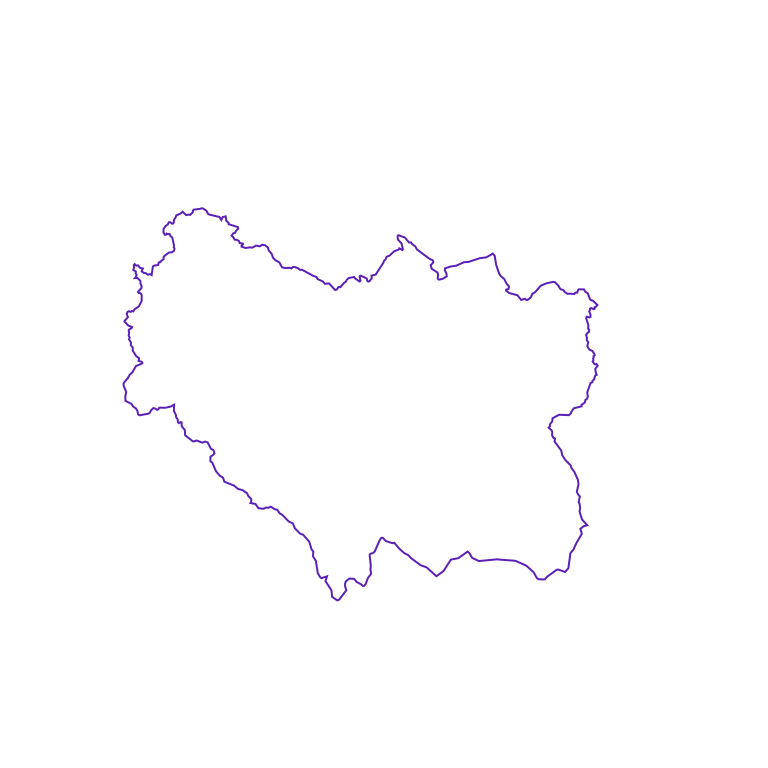 Xinjiang, Equal Earth projection, rotated 54°
{"feature_id": "CHN-1756", "entity_name": "Xinjiang", "entity_type": "Autonomous Region", "adm_level": 1, "iso_a3": "CHN", "parent_name": "China", "parent_adm1": "", "projection": "equal_earth", "projection_center": [83.367, 41.753], "detail": "fine", "context": "isolated", "style": "outline", "palette": "violet", "viewbox_px": 768, "rotation_deg": 54, "n_neighbors": 0, "source": "natural_earth", "source_scale": "10m", "svg_char_len": 6165}
<svg xmlns="http://www.w3.org/2000/svg" viewBox="0 0 768 768"><g transform="rotate(54 384 384)"><path d="M221.1,569.0L219.2,567.0L215.9,568.1L209.4,567.7L207.0,565.9L203.7,566.0L201.8,564.3L198.0,564.0L196.8,562.4L194.9,562.2L192.9,560.2L190.5,559.0L190.1,558.0L190.5,555.4L189.8,554.3L186.6,556.5L181.0,557.3L180.4,556.6L179.4,551.9L176.2,551.0L175.0,549.3L175.1,547.7L176.8,546.5L176.8,545.0L177.9,544.1L176.9,541.9L177.2,536.9L174.4,531.3L169.9,527.9L168.0,527.5L166.6,528.1L166.2,529.0L164.8,528.9L163.7,523.6L162.2,522.5L159.5,521.9L157.3,520.5L153.2,521.2L151.9,523.2L151.5,521.6L150.2,519.9L148.5,519.8L147.2,518.7L144.3,519.7L142.9,517.8L140.7,516.4L140.5,515.2L142.5,514.9L143.6,513.2L146.5,513.2L148.8,511.2L150.4,513.8L152.7,513.2L154.2,511.7L156.9,510.7L157.5,508.7L159.3,508.0L153.1,501.9L153.1,500.3L155.0,496.8L153.3,494.8L154.0,493.3L153.5,492.8L153.4,489.0L151.4,487.2L151.2,480.8L152.8,478.1L152.8,475.5L151.2,473.8L149.7,473.7L148.6,472.5L141.0,469.2L138.9,469.8L136.6,469.2L135.7,470.9L134.6,471.4L135.0,473.0L134.7,473.5L132.1,473.5L129.0,471.3L127.8,467.7L127.9,465.3L126.7,463.1L127.6,461.7L129.8,461.2L130.2,460.4L130.0,459.4L127.6,457.2L126.9,454.9L125.5,452.9L126.5,448.6L126.4,445.6L131.1,444.8L132.0,442.6L133.2,441.6L132.7,437.7L131.3,436.6L131.1,435.4L134.2,429.9L134.6,428.3L135.7,427.2L139.5,425.8L142.6,426.3L144.2,425.8L152.1,419.0L155.7,419.2L154.1,416.4L155.3,413.6L159.1,415.6L162.2,415.1L163.4,415.7L171.2,410.0L172.6,410.6L173.2,414.2L174.2,415.5L173.5,417.4L174.4,420.2L176.5,419.7L179.4,420.0L180.9,418.3L183.0,417.3L185.2,417.9L187.4,415.7L188.1,416.0L188.6,418.3L189.3,418.5L192.7,415.9L194.7,412.0L196.2,410.6L196.9,406.1L199.6,403.6L199.8,400.7L202.0,398.6L205.4,397.7L207.9,398.7L212.8,398.4L216.6,399.6L220.0,399.1L224.1,397.2L229.7,397.9L232.4,395.5L234.4,392.2L236.1,391.0L235.9,388.8L236.4,387.8L239.9,385.5L242.4,384.8L243.3,383.2L255.6,377.3L257.6,375.7L260.0,376.1L265.1,373.2L268.2,372.9L270.4,369.3L279.2,368.3L279.8,366.8L278.8,363.7L280.1,362.3L278.6,356.5L278.9,354.9L277.9,353.0L277.5,350.3L279.9,345.3L281.9,345.3L286.7,343.5L286.6,342.3L282.8,340.6L282.4,339.9L282.7,339.1L288.4,336.0L290.9,336.9L291.9,336.6L292.3,335.5L291.4,331.9L289.0,330.4L290.6,326.5L285.6,313.4L284.4,311.6L284.0,309.3L282.6,307.2L283.4,304.1L282.6,297.6L283.8,293.3L283.2,291.9L286.3,290.5L286.3,289.7L280.8,287.2L275.2,287.8L272.5,286.2L272.0,285.5L272.3,284.7L277.8,281.0L284.2,280.6L285.4,278.9L287.4,279.0L291.0,277.8L294.5,278.3L309.7,273.5L312.5,271.9L314.1,272.2L314.7,273.1L315.3,276.3L318.7,277.7L325.3,275.2L327.4,276.0L330.3,278.6L331.8,278.3L333.4,274.8L333.8,270.0L331.2,268.5L327.9,268.1L326.3,266.6L328.2,260.9L330.7,256.1L332.5,247.7L334.9,243.9L338.5,232.6L341.7,226.7L342.5,219.3L345.3,219.1L353.5,223.2L361.8,225.8L365.4,226.1L369.7,225.0L375.2,225.9L378.4,225.5L380.3,227.4L379.5,229.7L380.1,230.3L383.9,229.3L390.6,223.9L396.6,223.6L397.8,220.0L400.0,219.3L400.4,217.3L400.2,214.3L398.3,211.2L398.5,207.6L396.6,199.3L398.1,193.2L400.8,187.1L402.2,185.8L407.0,185.2L411.0,185.5L413.5,183.7L416.2,183.6L419.0,182.5L419.9,180.8L423.0,177.3L422.6,175.4L423.7,173.9L422.1,171.9L421.9,170.7L425.0,166.6L427.5,166.9L430.5,165.9L436.7,167.5L438.3,167.1L438.9,166.2L445.5,164.9L446.0,166.7L445.8,168.7L446.9,169.4L446.9,170.3L444.4,171.7L444.1,173.1L445.3,173.9L445.9,175.3L449.3,176.2L451.1,177.5L451.0,178.5L448.7,180.5L449.6,181.8L456.6,184.1L459.1,186.2L460.9,186.2L462.3,187.6L462.3,189.7L463.1,191.6L465.6,192.5L467.7,194.2L470.1,194.2L473.0,197.3L476.8,197.7L479.7,196.0L483.7,196.2L484.4,196.5L484.7,198.2L485.7,198.7L486.3,199.9L487.8,200.5L488.5,202.0L491.5,202.0L492.4,201.4L492.7,200.3L494.8,200.4L495.8,203.9L497.6,205.2L501.6,206.6L501.2,207.6L502.5,210.0L503.8,211.2L504.1,213.7L505.0,214.4L504.7,216.4L510.3,224.6L514.2,226.6L515.4,228.9L515.2,230.3L517.0,232.4L517.0,236.5L518.2,237.3L515.2,244.7L516.5,248.5L517.6,250.1L517.9,252.7L511.8,260.4L510.8,267.8L513.1,269.8L514.2,273.5L515.8,274.6L516.1,276.5L520.1,275.6L521.8,276.2L524.4,278.2L527.1,278.6L528.6,277.7L530.8,279.8L542.1,279.7L546.1,281.6L551.8,282.0L559.9,280.8L562.1,281.7L567.0,281.7L575.1,283.3L579.4,285.5L584.5,291.3L587.4,291.9L590.1,291.6L593.9,295.9L595.9,296.2L599.5,298.1L602.2,300.8L609.9,303.4L617.8,302.6L616.4,306.2L616.6,310.3L621.5,312.0L625.6,321.5L629.2,327.9L630.5,332.7L641.4,343.1L642.5,348.0L636.6,352.0L635.8,353.4L635.8,365.2L636.6,368.9L632.9,373.6L630.8,374.4L624.4,373.6L614.7,375.6L604.3,381.6L592.1,395.9L583.0,411.3L576.5,414.9L570.8,414.3L568.7,414.8L568.6,426.2L565.4,433.1L570.3,445.8L570.3,454.6L557.4,457.3L551.9,461.0L540.6,464.5L536.9,464.9L533.0,466.9L526.5,468.4L518.4,469.0L517.8,470.7L512.2,474.8L508.1,475.3L507.1,476.0L507.0,477.2L508.0,479.7L514.0,489.8L514.3,492.2L513.4,494.7L513.8,496.1L523.6,501.7L526.1,504.1L529.4,505.5L530.3,506.9L531.5,511.1L535.3,516.7L535.6,518.7L535.0,519.8L532.5,520.3L528.1,522.5L524.1,522.7L521.5,525.8L521.0,527.2L521.3,531.0L522.8,533.0L524.8,534.4L528.7,535.7L532.1,546.9L531.6,549.0L525.6,551.1L520.1,547.8L509.1,547.2L506.1,543.2L504.3,548.8L502.4,549.2L498.0,548.7L487.2,543.1L481.5,542.7L478.1,539.7L475.1,539.8L467.7,537.2L458.4,538.0L455.8,539.8L448.4,540.9L443.2,539.7L439.3,541.9L430.1,543.2L427.2,544.4L422.8,544.3L421.4,545.9L416.7,547.7L416.2,550.2L414.8,551.9L413.9,555.1L410.7,558.6L405.5,558.5L401.8,562.0L400.7,560.1L398.8,559.0L394.8,559.6L391.9,559.0L386.6,560.9L383.2,563.7L378.2,565.0L369.1,570.6L365.2,569.3L361.9,570.7L355.9,571.2L346.8,569.2L344.3,569.8L340.8,567.1L340.9,563.7L340.4,561.9L337.3,560.8L334.6,562.1L327.7,561.0L325.4,562.6L324.7,565.4L319.5,568.9L318.8,571.4L317.9,572.4L308.6,575.0L304.2,572.2L299.3,572.5L296.1,570.3L295.2,571.1L295.2,572.9L293.8,573.2L291.4,571.7L288.7,571.7L286.6,570.5L282.3,569.8L277.4,566.0L277.0,569.4L274.9,574.5L271.1,579.7L271.8,581.5L271.6,582.7L268.9,583.8L267.9,584.9L268.5,588.4L269.6,590.3L269.6,591.9L265.6,600.2L264.0,600.8L261.1,599.4L258.2,599.0L254.8,600.2L251.6,600.0L245.7,603.1L242.1,600.7L238.9,597.2L232.2,595.6L230.3,594.2L228.4,587.2L227.0,584.2L226.6,580.7L223.7,574.0L225.1,568.3L224.9,567.1L223.5,567.0L221.1,569.0Z" fill="none" stroke="#5b21b6" stroke-width="2"/></g></svg>